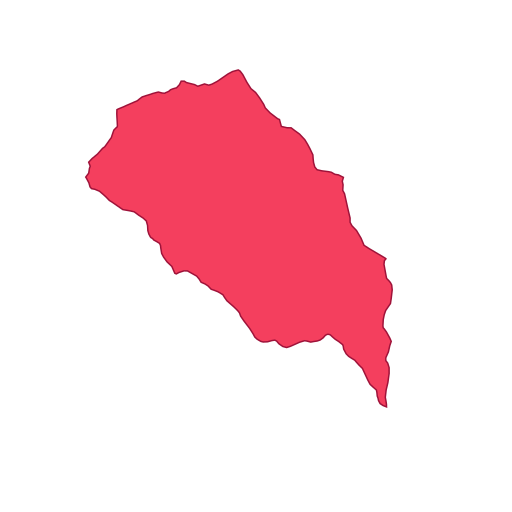 Nahi, Wangdi Phodrang, Bhutan (Mercator projection), rotated 62°
{"feature_id": "84629894B45309072751203", "entity_name": "Nahi", "entity_type": "district", "adm_level": 2, "iso_a3": "BTN", "parent_name": "Bhutan", "parent_adm1": "Wangdi Phodrang", "projection": "mercator", "projection_center": [89.813, 27.444], "detail": "fine", "context": "isolated", "style": "filled", "palette": "rose", "viewbox_px": 512, "rotation_deg": 62, "n_neighbors": 0, "source": "geoboundaries", "source_scale": "gbopen_adm2", "svg_char_len": 3201}
<svg xmlns="http://www.w3.org/2000/svg" viewBox="0 0 512 512"><g transform="rotate(62 256 256)"><path d="M227.6,141.9L223.1,145.1L220.9,148.0L217.4,150.2L215.5,152.5L211.7,157.9L208.5,161.6L205.0,162.3L200.5,161.3L197.0,159.9L193.4,158.3L186.7,158.0L181.6,158.0L176.2,158.3L168.8,160.3L163.7,162.8L159.3,164.8L157.4,168.3L153.5,172.8L146.5,171.2L144.9,172.5L136.3,176.4L129.6,178.3L125.7,178.0L118.1,178.6L111.4,179.6L105.9,181.9L98.3,182.5L89.6,182.5L85.3,183.2L83.4,184.3L82.1,190.1L82.1,195.2L83.6,208.1L83.6,214.1L83.0,217.5L79.9,220.7L78.8,227.7L75.9,229.7L70.2,236.0L68.0,237.2L66.5,240.0L68.8,243.2L69.6,245.5L70.2,247.2L69.9,248.4L69.4,250.7L69.2,252.3L69.1,253.5L69.6,255.4L69.6,257.3L69.4,258.6L69.4,260.3L68.0,262.4L66.8,263.7L65.4,265.2L64.9,267.1L64.5,268.9L64.0,271.0L63.8,272.6L63.5,274.2L63.2,275.8L62.8,277.7L62.5,279.6L62.1,281.8L62.5,284.3L62.8,286.0L63.2,287.8L63.1,289.4L62.9,291.3L62.8,293.2L62.6,295.2L62.5,297.0L62.3,299.0L62.2,300.7L62.1,302.7L61.9,304.7L61.7,306.6L61.5,308.7L61.5,310.1L65.0,312.1L67.7,313.4L70.3,314.6L72.7,315.7L74.8,316.7L76.1,317.3L76.8,317.9L77.1,319.2L77.5,320.5L78.1,322.4L79.1,323.5L80.8,325.3L82.5,327.1L83.5,328.1L84.1,329.3L85.0,331.2L85.8,332.7L87.7,336.5L88.6,338.4L88.9,340.9L91.6,348.1L93.0,354.9L94.6,359.7L98.9,360.2L100.4,361.9L104.3,364.8L106.4,369.3L107.9,369.2L113.0,369.2L117.1,370.1L119.3,369.6L121.4,367.0L125.3,363.8L129.6,362.1L133.5,360.7L138.1,359.4L140.5,358.0L152.5,351.8L157.1,345.9L159.8,342.8L165.1,340.3L169.4,337.9L173.5,336.4L178.1,337.4L182.9,339.6L186.3,340.3L189.5,340.3L190.4,340.1L192.1,339.1L193.8,338.8L196.7,336.9L199.6,335.2L202.0,335.4L203.9,336.2L209.5,338.1L213.6,338.1L219.4,337.3L225.7,335.2L233.1,335.8L234.4,334.8L234.4,331.7L235.3,326.6L237.0,323.5L245.9,317.8L249.8,317.0L253.4,316.8L256.8,314.1L259.9,312.4L264.3,311.2L266.4,309.2L269.8,306.3L274.7,303.4L278.0,303.2L281.9,302.7L290.3,299.5L294.0,298.3L296.6,297.6L298.6,297.3L301.9,297.8L308.0,297.1L316.9,295.6L323.4,295.1L327.0,295.1L329.9,294.1L331.9,292.9L333.8,291.7L335.3,290.0L337.2,286.0L338.1,281.8L339.1,278.9L340.8,277.7L344.2,277.0L348.5,274.8L351.2,271.9L351.9,268.0L352.6,258.0L353.6,252.9L355.0,251.0L357.7,248.1L358.6,245.2L359.8,241.8L360.3,238.8L359.8,235.2L358.6,232.0L358.6,229.9L359.3,228.6L360.5,227.4L363.2,226.5L366.6,225.2L370.4,223.1L375.0,221.1L376.5,221.3L379.4,222.3L384.7,222.3L388.1,221.3L391.2,219.6L394.4,217.7L396.8,217.2L400.9,216.2L405.2,214.8L408.8,215.0L418.0,215.5L422.9,215.5L427.2,214.0L430.8,212.6L433.2,213.3L436.6,214.7L438.8,215.0L441.2,215.7L444.6,215.7L447.7,214.0L450.5,211.6L448.1,210.4L444.7,209.2L441.5,208.2L435.4,204.0L429.7,199.0L422.2,193.6L417.1,190.9L412.4,190.0L409.3,190.5L406.8,189.2L402.8,184.1L397.9,179.9L394.9,176.7L391.3,176.4L384.5,176.5L380.6,177.0L379.1,177.4L377.2,176.7L371.9,173.5L368.1,170.4L365.0,167.1L361.1,159.6L356.9,156.5L349.8,151.6L345.3,149.8L342.5,149.8L340.1,150.3L337.1,151.2L334.7,150.5L327.8,148.3L323.4,146.9L320.4,144.8L319.5,142.6L318.4,143.0L303.0,152.4L297.3,155.6L289.6,154.9L280.7,155.3L274.3,157.1L270.4,157.1L266.6,155.1L257.0,152.6L242.6,148.6L238.8,148.6L234.0,145.7L230.5,144.7L227.6,141.9Z" fill="#f43f5e" stroke="#9f1239" stroke-width="1.5"/></g></svg>